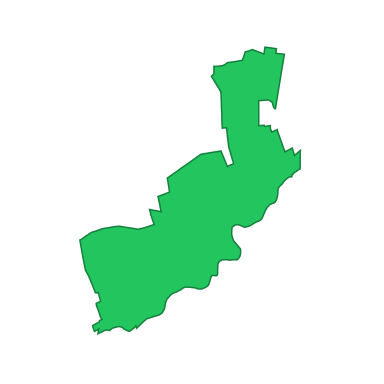 Cordun, Neamt, Romania, rotated 279°
{"feature_id": "2599482B24546192512352", "entity_name": "Cordun", "entity_type": "district", "adm_level": 2, "iso_a3": "ROU", "parent_name": "Romania", "parent_adm1": "Neamt", "projection": "natural_earth1", "projection_center": [26.864, 46.98], "detail": "fine", "context": "isolated", "style": "filled", "palette": "green", "viewbox_px": 384, "rotation_deg": 279, "n_neighbors": 0, "source": "geoboundaries", "source_scale": "gbopen_adm2", "svg_char_len": 5816}
<svg xmlns="http://www.w3.org/2000/svg" viewBox="0 0 384 384"><g transform="rotate(279 192 192)"><path d="M346.7,249.3L346.5,241.4L339.6,241.5L340.0,239.5L342.1,229.3L340.0,225.6L338.8,222.7L332.4,221.6L329.7,221.0L329.7,220.4L329.0,218.3L328.1,215.7L326.6,211.2L326.2,210.0L325.7,207.7L324.7,206.0L324.1,205.5L323.7,205.2L323.4,205.0L323.2,204.7L322.8,204.2L322.6,203.8L322.2,203.4L321.8,202.8L321.5,202.5L321.3,201.7L321.2,200.9L320.9,200.2L320.6,199.2L320.4,198.3L320.2,197.6L320.0,196.8L319.7,195.6L319.7,194.0L317.9,194.3L315.0,194.7L312.0,195.2L309.3,193.0L308.6,193.7L306.2,195.7L296.4,204.1L295.7,204.7L295.4,204.9L295.2,204.9L294.3,205.1L292.1,205.6L286.0,206.8L282.6,207.4L278.9,208.1L275.8,208.8L272.6,209.5L271.8,209.6L271.2,209.7L270.7,209.8L269.6,210.0L267.5,210.3L265.5,210.7L264.1,211.0L261.9,211.5L261.2,211.6L260.8,211.7L260.6,211.7L260.3,211.8L259.8,211.9L260.3,213.8L260.8,216.0L260.7,216.1L257.0,217.1L255.0,217.6L249.8,219.0L249.4,219.2L248.3,219.5L246.1,220.1L245.1,220.5L244.3,220.7L242.9,221.0L242.2,221.3L241.6,221.5L239.3,222.6L237.5,223.5L236.5,223.9L233.8,225.2L231.2,226.4L228.8,227.6L227.2,228.4L226.7,228.6L226.3,228.5L224.7,225.9L224.6,225.6L223.6,224.1L222.9,223.6L222.7,223.3L222.5,223.1L224.0,222.2L227.0,220.4L229.2,219.0L232.3,217.1L236.5,214.5L237.1,214.3L237.1,214.2L236.5,212.5L235.6,209.9L235.1,208.2L234.2,205.6L233.7,203.9L232.5,200.4L232.2,199.4L231.7,197.7L231.2,196.3L230.8,195.4L230.5,194.9L230.2,194.3L229.5,193.7L229.2,193.5L228.6,192.9L228.0,192.3L228.0,192.1L226.5,190.6L222.8,186.9L216.7,180.6L216.2,180.1L216.0,179.7L215.7,179.5L214.4,178.1L209.2,173.0L208.0,171.7L205.4,169.0L203.8,167.4L201.9,165.4L196.8,167.2L194.6,167.8L194.5,168.0L194.1,168.1L191.3,168.9L188.4,169.8L188.2,169.6L187.5,168.3L186.4,166.3L183.6,161.5L182.2,159.1L179.8,160.1L178.8,160.4L177.7,160.9L176.7,161.2L175.2,161.9L174.1,162.3L172.4,162.8L170.0,163.7L168.6,164.2L168.0,164.7L167.7,164.8L167.8,162.3L168.0,155.5L168.1,152.8L167.9,152.9L167.4,153.2L166.6,153.5L166.2,153.7L165.5,154.0L164.4,154.4L163.8,154.5L163.4,154.6L163.0,154.8L162.2,155.4L161.8,155.6L161.0,156.0L159.9,156.5L158.5,157.3L157.5,157.8L156.3,158.4L155.4,159.0L154.7,159.3L154.3,159.5L154.0,159.7L153.1,158.0L151.4,154.7L151.1,154.2L150.6,153.3L150.3,152.7L149.6,151.3L149.0,150.1L148.1,147.7L147.2,145.5L146.8,144.4L146.8,142.9L146.9,138.6L146.8,138.1L146.8,135.0L146.8,134.4L146.8,133.1L146.8,130.5L146.8,128.5L146.8,127.2L146.9,126.9L146.8,126.2L146.9,125.7L146.8,125.3L146.6,124.7L146.4,124.1L146.3,123.5L146.2,122.7L145.9,121.8L145.6,120.7L145.4,120.2L144.9,118.7L144.8,118.2L144.3,116.9L144.1,116.4L143.8,115.7L143.7,115.3L143.6,115.1L143.4,114.3L143.3,114.1L143.2,113.7L142.7,112.0L142.3,110.9L142.1,110.4L141.9,109.7L141.4,108.6L140.8,107.6L139.7,105.5L139.0,104.3L137.8,101.9L137.0,100.3L136.5,99.3L136.0,98.6L135.7,98.2L135.1,97.5L134.1,96.5L133.5,96.0L133.2,95.6L133.0,95.3L132.5,94.7L131.6,93.8L131.0,93.3L130.6,92.9L129.9,92.2L129.0,91.3L128.4,90.6L127.6,89.7L127.3,89.2L127.1,88.8L121.7,90.5L116.2,92.5L114.8,92.9L113.7,93.4L111.6,94.1L110.1,94.6L108.7,95.1L107.3,95.6L105.1,96.4L103.5,97.0L102.0,97.5L99.3,98.6L98.6,98.9L98.1,99.0L97.9,99.1L97.6,99.5L97.3,99.7L96.7,100.0L94.1,102.1L93.4,102.6L93.3,102.8L92.6,103.3L92.2,103.5L91.1,104.1L90.7,104.3L90.2,104.7L89.9,104.9L89.3,105.2L88.8,105.5L88.2,105.9L87.6,106.2L86.8,106.8L86.5,107.0L86.1,107.2L85.4,107.6L85.2,107.8L84.3,108.3L83.8,108.6L82.4,109.4L81.6,109.9L80.9,110.3L79.7,111.0L79.2,111.3L78.2,111.9L77.4,112.2L77.4,112.5L77.3,113.2L77.3,113.4L77.4,113.6L77.5,113.9L77.6,114.1L77.9,114.4L78.0,114.6L78.1,114.8L78.1,115.1L75.9,116.1L75.1,116.4L72.7,117.5L71.1,118.2L69.7,118.8L67.0,114.8L66.9,114.8L66.6,115.0L66.0,115.1L65.5,115.2L65.2,115.2L64.9,115.3L64.3,115.7L63.6,116.1L60.9,117.7L57.2,119.7L53.8,121.4L52.9,122.2L52.2,122.6L52.1,122.8L51.2,121.8L50.7,121.0L50.4,120.7L49.2,120.8L49.1,120.7L47.4,118.5L44.5,114.7L43.1,115.4L42.8,115.4L39.0,117.5L41.9,121.3L41.4,121.2L40.1,121.2L39.3,121.3L37.3,121.3L37.8,121.8L39.7,125.0L40.7,126.1L41.9,127.8L42.4,129.7L42.5,131.2L42.3,132.1L42.5,132.6L44.2,133.8L45.3,135.2L46.6,138.1L47.7,140.7L47.5,143.8L47.2,144.5L46.1,146.2L45.0,149.4L44.6,150.9L44.7,152.0L45.3,152.9L46.6,154.1L48.2,155.6L49.9,156.9L51.1,157.5L48.8,158.7L56.2,164.2L59.7,167.1L62.0,171.8L63.0,173.7L65.4,178.9L67.8,181.4L69.8,182.2L71.8,183.0L76.1,183.2L79.0,183.3L82.2,184.0L84.7,185.6L86.6,186.8L88.4,188.3L89.7,190.3L91.4,193.1L93.8,196.4L95.6,198.1L97.0,200.1L97.6,204.7L97.8,209.8L97.2,213.4L97.4,214.9L97.8,217.0L99.4,219.5L100.8,221.4L102.4,222.7L103.9,223.1L110.7,224.1L111.3,224.0L112.6,224.9L113.1,226.7L112.9,228.6L113.6,229.9L115.6,230.1L118.3,229.6L121.6,229.2L124.4,228.9L126.5,229.2L127.9,230.2L129.7,232.2L130.6,236.8L130.5,239.7L131.7,244.0L132.1,247.3L134.1,248.6L135.8,249.4L138.9,249.6L143.2,248.9L145.2,246.7L150.6,240.5L154.2,238.7L156.8,237.7L162.4,237.1L163.9,237.4L164.8,238.2L166.3,240.0L167.0,242.4L166.5,245.3L165.5,249.1L165.4,249.8L167.1,253.6L170.6,258.0L172.2,259.7L172.9,261.2L174.4,263.5L176.6,265.2L180.0,266.1L185.4,267.4L188.4,268.7L191.3,270.4L193.2,273.1L194.1,274.8L195.3,275.9L198.2,276.8L201.9,277.1L205.5,276.9L208.7,276.5L211.4,277.7L213.2,279.2L214.6,280.2L215.2,280.4L216.3,280.9L217.0,281.3L219.2,282.9L220.2,283.8L220.9,284.5L221.7,285.4L222.1,286.0L222.4,286.9L222.6,287.8L222.7,288.2L224.0,288.2L224.6,288.1L225.3,289.0L225.7,288.9L226.2,289.3L227.8,290.8L229.2,292.3L230.8,294.0L231.9,295.2L241.4,293.7L249.6,292.4L249.9,292.4L244.1,287.5L251.1,284.2L246.2,277.5L265.8,266.8L267.0,266.4L263.6,261.4L267.1,259.4L267.3,259.4L269.8,259.0L268.1,253.2L269.2,252.8L268.0,247.5L274.8,246.5L292.6,243.6L294.9,253.2L293.2,257.1L288.6,259.3L287.3,260.8L287.3,261.4L318.6,261.5L342.5,261.7L342.1,253.1L346.7,253.0L346.7,249.3Z" fill="#22c55e" stroke="#15803d" stroke-width="1.5"/></g></svg>